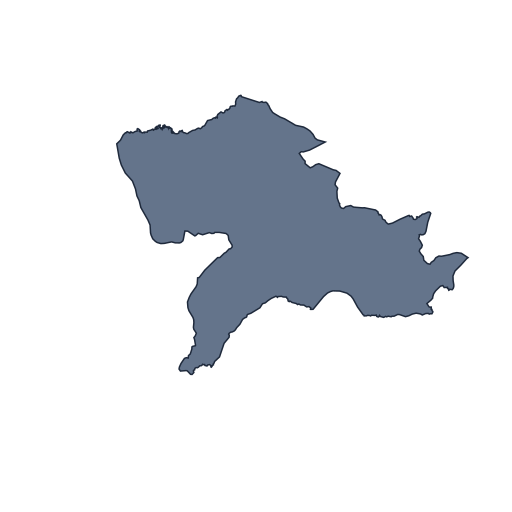 the district of Xay, Oudômxai, Laos, rotated 216°
{"feature_id": "54806243B51334446972135", "entity_name": "Xay", "entity_type": "district", "adm_level": 2, "iso_a3": "LAO", "parent_name": "Laos", "parent_adm1": "Oudômxai", "projection": "natural_earth1", "projection_center": [101.969, 20.735], "detail": "fine", "context": "isolated", "style": "filled", "palette": "slate", "viewbox_px": 512, "rotation_deg": 216, "n_neighbors": 0, "source": "geoboundaries", "source_scale": "gbopen_adm2", "svg_char_len": 6124}
<svg xmlns="http://www.w3.org/2000/svg" viewBox="0 0 512 512"><g transform="rotate(216 256 256)"><path d="M267.0,388.9L274.7,386.0L277.6,386.1L281.3,387.9L285.8,388.9L289.5,388.8L293.3,388.3L300.8,385.0L313.5,383.8L318.1,382.6L324.6,382.0L326.9,381.9L331.2,383.5L334.3,385.3L335.4,385.4L336.1,386.1L338.4,386.3L339.8,384.9L341.3,384.2L341.9,384.5L343.5,382.2L361.2,376.4L362.0,376.6L362.4,377.1L362.9,376.9L363.9,375.2L363.8,373.3L364.1,371.7L363.1,368.6L361.7,367.0L361.2,364.9L363.0,363.8L363.1,363.3L364.3,362.5L364.6,361.7L364.1,360.4L364.1,358.9L364.8,358.0L364.7,357.3L365.7,357.3L366.4,355.2L365.9,354.0L366.1,353.1L366.8,352.3L369.0,352.0L370.1,348.1L369.7,346.2L368.8,345.6L368.5,345.0L370.1,344.7L369.9,343.7L370.9,343.4L371.7,342.0L372.0,340.4L374.8,337.1L374.2,331.6L374.3,330.9L375.4,329.2L375.2,328.2L375.8,326.3L377.6,325.7L378.3,324.8L379.4,322.1L381.1,320.3L382.9,316.4L383.1,315.1L384.2,314.2L386.1,313.8L387.1,313.2L387.9,313.2L389.5,314.2L390.1,313.3L389.8,312.5L391.1,312.3L391.3,311.3L390.7,310.0L391.7,308.4L393.7,307.3L395.6,307.7L395.0,306.9L395.5,306.5L396.1,306.9L396.1,306.2L396.4,306.0L397.4,306.6L397.6,307.1L397.0,307.3L397.4,307.9L398.5,308.1L398.2,308.8L398.5,309.3L400.5,309.5L400.7,308.6L401.3,308.5L402.1,309.3L402.4,308.7L402.1,308.0L403.1,308.7L403.4,307.9L404.2,308.2L404.4,307.5L405.0,307.3L405.5,307.6L405.6,306.6L406.4,308.1L406.9,308.3L407.8,306.9L407.7,306.3L407.3,306.0L406.5,306.7L406.6,306.1L405.9,305.6L406.4,304.9L406.4,304.2L407.4,304.8L407.6,304.4L406.4,303.7L406.3,303.2L407.5,303.8L407.9,303.1L409.0,303.8L409.5,303.4L410.1,303.8L410.2,305.3L410.6,305.6L411.5,304.6L411.4,303.7L412.4,302.6L412.9,300.8L412.5,300.7L412.0,301.4L410.6,301.9L410.2,301.9L410.2,301.5L411.0,300.4L412.0,300.1L411.6,299.6L412.8,299.0L412.8,297.6L413.5,297.5L414.1,297.9L415.2,295.8L417.2,293.4L416.8,292.2L419.1,290.7L418.8,290.2L419.6,290.0L420.0,289.0L421.5,288.5L422.8,289.2L423.1,288.3L423.7,288.3L424.4,289.7L426.5,289.6L426.8,288.8L425.6,287.3L427.0,285.6L428.0,283.3L430.2,282.9L429.8,282.2L430.4,281.3L431.2,281.5L431.5,281.1L433.0,281.0L433.5,280.3L433.5,279.2L434.1,278.9L434.6,276.0L433.7,270.0L434.6,264.9L424.2,254.8L418.5,250.5L410.5,246.3L400.0,244.0L392.9,239.4L387.6,234.6L383.0,232.1L377.6,227.5L364.6,221.6L359.9,218.8L354.9,212.7L353.2,211.3L349.6,209.2L346.1,208.7L344.0,208.8L340.3,210.1L337.6,212.3L332.6,217.8L329.0,219.2L325.5,221.7L324.7,222.8L324.1,225.3L324.5,226.6L328.2,234.4L325.8,236.0L317.3,236.3L316.8,237.1L316.1,240.4L311.7,241.8L307.5,247.5L305.0,248.2L303.4,249.6L303.2,250.9L299.6,253.5L293.5,256.6L292.0,256.5L290.6,256.3L287.5,253.1L281.7,250.7L280.6,249.4L280.8,247.0L281.9,245.9L282.5,241.2L283.3,239.7L284.3,233.6L286.1,232.1L289.1,214.5L289.3,205.3L290.4,204.0L287.1,198.8L286.4,195.9L286.3,187.1L285.7,183.3L284.4,178.5L280.7,174.2L278.1,172.3L270.8,169.2L268.9,167.8L267.1,165.6L264.7,161.5L263.3,160.2L258.9,158.5L258.2,155.7L258.3,153.5L256.6,152.3L252.5,148.3L252.3,147.8L254.2,145.6L254.4,144.8L253.2,143.0L252.0,139.4L251.6,138.0L252.1,135.8L250.9,133.6L252.6,132.8L253.7,131.1L253.5,125.0L252.7,121.1L251.8,119.3L249.5,118.5L245.2,122.2L244.1,122.7L239.4,121.8L238.1,122.6L237.8,125.2L239.1,126.2L239.3,126.8L238.7,127.8L239.4,129.2L238.9,130.5L237.7,131.2L237.2,132.4L237.0,134.1L235.9,134.9L235.5,135.9L235.5,137.1L234.7,137.2L233.8,138.0L233.0,137.4L231.0,138.2L231.1,139.3L229.7,140.9L227.9,140.8L227.4,139.8L226.8,139.8L226.7,140.9L227.0,141.5L226.5,143.0L227.1,143.4L227.0,144.8L227.5,146.3L226.2,152.9L230.5,166.6L230.0,174.4L231.1,176.3L232.2,176.7L232.3,177.5L231.8,179.3L230.5,180.7L229.5,182.7L229.3,184.2L229.5,186.7L228.9,191.3L229.6,196.8L228.8,199.4L228.0,200.4L227.8,201.3L228.5,203.0L228.4,203.9L226.5,206.6L222.4,216.4L222.7,221.2L220.9,223.6L220.1,226.9L218.7,230.7L216.2,235.2L214.3,235.2L214.4,236.1L211.6,238.4L210.0,238.8L207.2,240.6L206.2,240.0L205.0,239.9L203.6,238.5L202.3,238.6L202.1,239.4L201.1,239.6L199.5,239.6L195.3,241.3L193.9,241.1L193.1,242.3L191.1,242.6L188.5,244.4L185.1,244.6L183.4,246.2L181.2,246.2L180.7,244.9L180.4,244.9L178.5,246.4L177.5,262.9L176.4,268.1L174.8,271.1L173.3,273.0L167.6,276.9L160.6,279.4L155.5,279.4L152.2,278.4L143.8,274.4L134.8,271.4L134.0,271.6L133.3,271.1L131.5,272.5L130.8,273.6L129.2,274.6L128.0,274.9L127.7,276.0L124.8,277.9L124.0,278.9L122.8,278.1L121.5,278.4L121.0,278.8L121.1,280.6L120.0,280.1L116.6,281.4L115.7,283.3L114.5,283.6L113.7,285.0L110.9,286.3L110.6,287.2L108.9,288.5L107.0,292.0L105.4,293.0L99.4,294.8L97.2,297.5L95.4,300.9L92.8,303.9L88.9,305.8L86.8,306.0L84.9,309.2L82.9,310.8L81.7,310.8L81.3,311.5L79.7,312.7L80.0,314.6L80.4,315.1L81.6,315.3L82.3,316.2L83.0,315.9L84.2,317.7L85.6,316.7L86.3,316.6L89.8,318.0L88.5,323.2L88.3,325.8L88.9,326.6L90.1,329.9L90.2,333.4L89.1,339.9L87.5,341.9L85.2,341.1L82.7,343.2L82.0,342.3L81.3,342.6L79.9,341.6L79.6,342.2L79.7,343.0L77.5,344.0L77.4,345.6L77.9,347.3L78.9,348.8L82.0,351.9L84.9,355.6L86.2,360.8L84.9,369.0L84.0,377.7L83.5,379.3L91.5,378.9L95.5,376.8L98.1,374.0L100.0,371.1L105.8,364.8L108.0,363.5L109.5,360.3L109.4,356.9L110.5,353.9L110.4,351.6L112.9,350.6L117.7,351.2L120.4,353.9L123.9,354.7L126.8,355.9L127.4,357.8L127.0,360.1L127.8,362.5L131.7,364.5L134.6,365.5L135.6,368.5L136.4,369.0L135.8,370.1L134.3,370.5L133.2,371.6L132.5,373.3L133.0,375.9L136.9,384.3L139.7,393.2L140.6,393.5L141.8,393.4L142.7,392.5L144.5,389.1L146.0,387.6L146.4,385.4L146.9,384.7L146.9,383.1L148.9,382.4L149.0,381.9L148.0,381.4L147.8,380.8L148.6,379.1L150.2,378.3L151.2,379.0L153.6,379.8L154.9,378.3L155.8,378.9L156.4,378.4L161.1,370.4L164.9,362.9L167.6,359.7L168.6,359.5L171.3,359.9L172.5,360.7L175.4,360.3L177.2,361.8L178.7,362.5L179.9,362.4L180.5,361.6L182.2,362.6L182.6,362.5L183.3,363.4L186.3,363.5L196.6,358.8L198.2,357.5L205.8,352.9L209.0,352.5L212.4,348.7L213.1,345.9L215.1,345.0L216.7,345.3L218.4,346.3L219.1,347.6L220.1,347.7L224.3,350.6L228.6,355.9L229.8,358.9L233.9,360.1L235.2,362.6L236.6,372.2L241.5,372.3L244.3,371.1L259.4,367.6L261.4,365.0L262.5,361.6L264.0,359.2L270.6,359.6L272.0,361.6L274.9,362.1L281.3,364.4L280.7,367.0L278.9,368.0L274.9,373.2L267.0,388.9Z" fill="#64748b" stroke="#1e293b" stroke-width="1.5"/></g></svg>